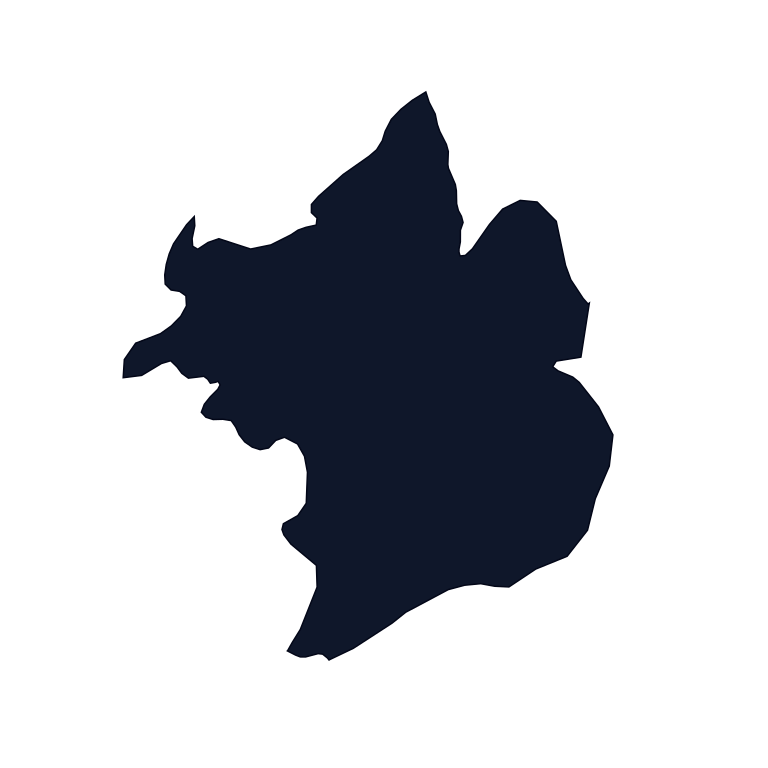 map outline of Benue (Equal Earth projection), rotated 54°
{"feature_id": "NGA-2846", "entity_name": "Benue", "entity_type": "State", "adm_level": 1, "iso_a3": "NGA", "parent_name": "Nigeria", "parent_adm1": "", "projection": "equal_earth", "projection_center": [8.494, 7.276], "detail": "fine", "context": "isolated", "style": "filled", "palette": "ink", "viewbox_px": 768, "rotation_deg": 54, "n_neighbors": 0, "source": "natural_earth", "source_scale": "10m", "svg_char_len": 1946}
<svg xmlns="http://www.w3.org/2000/svg" viewBox="0 0 768 768"><g transform="rotate(54 384 384)"><path d="M575.0,590.7L572.5,590.8L566.5,592.4L563.4,595.8L558.7,607.9L555.5,612.2L551.3,614.9L543.2,619.0L543.2,618.9L539.2,610.2L533.4,596.0L509.0,557.5L491.0,545.3L458.9,553.4L447.3,553.7L441.8,552.1L437.9,547.5L439.8,531.1L434.8,517.0L410.4,497.8L395.7,490.8L381.7,489.2L368.6,495.8L366.0,504.7L367.9,515.0L364.3,522.8L357.6,527.7L348.9,530.7L339.9,531.0L331.8,529.3L323.8,529.1L317.8,535.1L312.3,543.1L306.2,547.6L299.5,548.4L294.8,541.3L292.3,532.2L290.6,521.6L288.4,517.1L284.4,516.6L283.5,519.5L281.3,524.0L276.5,523.8L271.9,525.2L264.3,538.8L256.5,541.3L248.5,541.4L239.8,542.9L236.6,552.0L234.6,575.0L225.6,591.3L211.6,579.7L205.0,560.9L211.9,535.2L212.0,521.9L209.8,508.7L204.7,497.9L196.2,492.4L188.9,494.9L182.8,501.0L174.6,502.3L166.9,497.3L159.3,489.9L152.5,481.3L146.9,471.9L139.1,450.1L137.0,439.1L144.8,444.1L153.6,453.8L160.1,457.8L165.5,455.5L166.1,443.1L169.4,432.2L196.4,412.6L205.0,393.7L208.6,371.8L209.0,363.0L211.4,355.0L215.6,345.4L210.4,340.6L202.7,342.0L196.1,337.2L193.7,326.6L190.5,293.8L191.0,262.2L190.2,252.3L186.2,242.4L180.2,234.4L174.2,222.5L171.7,208.7L171.1,194.2L172.3,178.5L182.6,181.9L195.7,183.9L205.4,188.3L212.4,190.4L226.8,192.7L233.7,195.3L243.9,203.3L247.4,205.1L264.5,209.0L270.1,211.8L280.9,219.3L287.4,221.9L293.9,222.8L299.8,225.1L304.5,231.8L313.9,238.7L318.9,244.0L321.2,245.7L323.7,246.7L325.2,247.1L327.8,242.6L326.6,233.0L316.9,204.9L312.2,185.2L315.5,165.9L326.8,153.1L353.6,149.0L394.7,167.4L409.5,171.6L431.8,172.6L439.2,171.9L439.2,170.3L478.0,208.9L466.7,231.2L469.2,237.4L475.6,235.5L489.4,227.2L497.4,225.1L528.6,223.9L559.7,228.7L582.8,250.0L601.0,280.5L621.9,305.3L631.0,337.1L622.9,370.0L621.6,402.2L612.7,413.3L602.4,423.1L594.2,437.0L588.1,452.9L581.4,500.6L582.2,518.0L579.8,564.1L575.0,590.2L575.0,590.7L575.0,590.7Z" fill="#0f172a" stroke="#020617" stroke-width="1.5"/></g></svg>